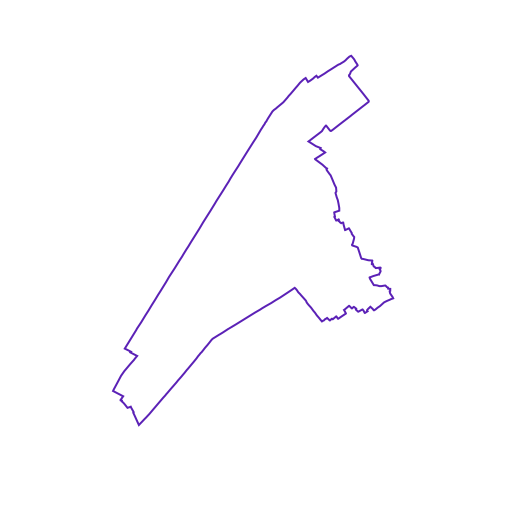 the district of Phutthamonthon, Nakhon Pathom, Thailand, rotated 234°
{"feature_id": "78962969B43033268258309", "entity_name": "Phutthamonthon", "entity_type": "district", "adm_level": 2, "iso_a3": "THA", "parent_name": "Thailand", "parent_adm1": "Nakhon Pathom", "projection": "natural_earth1", "projection_center": [100.276, 13.834], "detail": "fine", "context": "isolated", "style": "outline", "palette": "violet", "viewbox_px": 512, "rotation_deg": 234, "n_neighbors": 0, "source": "geoboundaries", "source_scale": "gbopen_adm2", "svg_char_len": 5692}
<svg xmlns="http://www.w3.org/2000/svg" viewBox="0 0 512 512"><g transform="rotate(234 256 256)"><path d="M336.3,287.2L335.0,283.9L334.6,283.0L333.8,281.0L332.2,277.5L330.6,273.4L328.3,267.8L325.4,260.4L323.7,256.1L322.6,253.6L319.3,245.6L314.3,233.0L311.4,226.3L308.5,219.1L305.5,211.6L303.5,206.9L302.1,203.2L299.9,197.9L299.0,195.9L297.3,191.4L293.9,183.1L290.2,173.4L287.8,168.0L283.7,158.0L282.1,153.9L279.9,148.7L277.5,142.7L275.0,136.8L273.1,131.9L269.8,124.0L267.2,117.0L266.5,115.6L258.2,95.4L254.8,97.2L252.0,98.6L251.8,97.7L245.0,101.1L244.1,97.5L243.7,96.4L242.5,90.8L241.1,85.2L240.3,81.9L238.4,76.4L235.7,70.9L234.1,67.6L231.6,62.4L230.8,61.0L226.0,63.4L220.6,66.1L219.1,61.7L218.8,61.6L217.7,62.5L217.5,62.4L217.3,62.1L217.2,62.0L215.4,62.4L213.4,62.6L208.7,62.8L207.9,65.2L207.7,66.1L206.3,65.8L201.7,65.3L201.5,65.2L201.5,64.7L201.4,64.6L197.3,63.8L188.1,61.9L189.7,70.6L189.9,72.0L190.5,75.0L190.8,76.6L192.1,81.9L193.7,88.5L195.9,97.6L196.2,99.1L196.5,100.6L197.0,102.3L197.2,103.4L198.6,109.1L200.5,117.4L201.2,119.9L202.3,124.9L202.7,126.4L203.4,129.3L204.5,133.2L204.7,134.3L206.0,139.4L206.8,142.7L208.1,147.6L209.0,150.3L209.5,152.4L210.0,154.1L210.1,155.1L210.1,155.3L211.0,158.5L211.6,160.5L212.1,162.6L212.4,164.0L214.2,170.5L214.3,170.8L214.5,172.2L214.5,172.8L214.0,179.8L213.9,180.5L213.6,184.2L213.3,190.6L212.5,199.1L210.8,222.1L210.2,227.8L210.1,230.2L209.7,234.6L209.5,236.4L209.0,240.6L208.7,245.9L208.2,250.9L207.8,259.8L207.6,264.8L207.5,268.6L206.0,268.9L204.7,269.0L203.7,269.0L202.5,268.9L201.7,268.9L199.3,269.3L197.7,269.4L193.9,269.8L190.7,270.1L189.7,270.0L189.2,269.8L188.4,269.7L187.2,269.7L185.5,269.8L181.8,270.2L180.7,270.2L177.8,270.2L175.4,270.4L172.3,270.3L168.8,270.6L166.3,270.7L164.3,270.9L164.3,271.9L164.0,272.8L164.0,273.1L164.3,274.9L164.3,275.1L164.1,275.4L164.1,275.6L164.1,277.1L160.5,277.8L160.4,277.9L160.4,278.0L160.7,280.4L160.6,280.6L159.8,280.8L159.7,281.0L160.0,285.4L159.8,285.5L157.1,285.4L157.0,285.5L156.9,285.6L156.8,289.7L156.6,294.9L156.7,295.0L160.4,295.5L160.6,295.5L160.6,296.6L161.0,302.0L160.9,302.1L157.3,302.7L157.2,302.8L157.4,305.2L157.3,305.3L154.6,306.1L154.4,306.1L154.1,305.4L153.9,305.3L150.9,305.9L150.8,306.0L150.2,310.7L150.1,310.8L149.6,310.8L148.8,310.9L146.1,310.5L145.9,310.6L145.7,313.8L146.1,313.8L146.8,313.9L146.9,314.0L147.3,315.6L147.7,318.7L144.7,319.3L142.9,319.4L142.7,319.5L142.5,321.1L142.7,324.1L142.6,326.7L142.7,327.8L143.2,332.3L143.0,333.7L142.6,335.9L142.4,336.7L141.9,338.8L141.9,339.1L141.9,339.3L141.1,342.1L142.6,342.4L146.5,342.5L147.1,342.6L148.9,343.4L149.0,343.5L148.9,344.1L150.5,345.3L151.9,343.7L152.7,344.1L152.9,344.2L153.7,343.7L153.9,343.6L154.2,343.6L155.8,343.4L156.0,343.3L156.2,343.2L157.9,339.8L158.2,339.4L159.1,338.1L160.9,336.8L161.8,335.9L163.1,334.3L163.2,334.2L170.3,334.8L171.8,335.2L171.9,335.3L171.9,335.5L171.5,336.6L170.8,339.2L169.1,344.0L168.9,344.5L168.7,344.7L169.1,345.2L169.4,345.9L170.3,347.7L170.4,347.8L170.6,347.9L170.7,348.0L172.9,348.3L173.0,348.4L173.1,348.6L172.7,349.3L173.1,349.8L173.3,349.9L173.5,349.8L173.7,349.6L175.4,346.4L175.8,345.8L175.9,345.7L176.3,345.8L176.6,345.8L178.2,345.2L178.4,345.1L180.3,345.7L180.7,345.8L180.7,345.7L181.2,345.0L181.3,344.9L181.6,345.1L183.9,347.4L184.0,347.4L186.5,344.4L190.8,340.8L191.4,340.0L191.9,339.9L192.2,339.9L192.6,339.9L196.8,341.3L203.0,343.3L204.3,342.7L207.9,340.1L208.2,340.1L208.4,340.1L208.6,340.2L208.7,340.3L208.8,340.7L209.2,341.5L209.9,342.4L212.4,345.5L213.6,346.6L214.3,346.6L214.8,346.5L215.4,346.5L217.7,346.5L218.0,346.7L218.4,347.0L218.5,347.0L221.1,347.2L222.9,347.4L223.7,347.4L223.8,347.4L224.1,345.6L224.4,344.3L224.4,343.8L224.5,343.5L224.6,343.3L229.9,345.3L231.8,346.2L232.0,346.0L232.5,344.3L232.5,344.2L234.1,343.7L234.3,343.7L235.0,343.9L235.3,343.8L235.6,343.5L235.7,343.4L235.9,343.5L236.7,344.4L236.9,344.4L237.0,344.4L237.5,341.8L237.6,341.7L241.0,342.3L241.5,342.3L241.7,342.5L241.6,343.1L243.2,343.8L245.3,344.9L245.3,345.1L243.7,350.0L245.9,351.6L249.8,353.5L253.1,355.0L256.3,355.9L257.6,356.4L260.1,357.3L260.4,357.5L260.5,357.7L260.9,358.8L261.0,358.9L261.2,359.1L264.3,361.0L264.5,361.0L267.7,361.5L273.1,362.8L277.0,363.7L277.6,363.8L278.3,363.7L283.1,363.7L284.4,363.8L285.0,364.9L285.5,364.6L286.0,364.4L290.9,363.4L299.5,360.7L299.8,360.8L299.1,372.7L299.1,372.8L300.5,372.4L304.6,370.8L304.8,370.8L305.3,371.8L309.7,369.0L313.8,367.4L317.8,365.8L318.0,373.5L318.2,382.0L318.3,382.5L318.3,382.9L318.5,383.3L319.4,385.5L320.0,387.3L320.3,388.5L320.4,389.1L320.4,389.3L320.2,389.4L314.3,389.6L313.7,389.7L313.4,389.8L313.1,390.1L313.0,390.4L313.0,392.5L313.3,400.7L313.7,414.9L313.8,416.2L314.5,437.0L314.5,437.6L314.7,437.9L314.9,438.2L315.1,438.3L315.5,438.4L324.1,438.1L346.8,437.0L347.6,437.5L347.6,438.1L348.2,439.3L348.9,440.4L349.3,440.9L349.5,441.3L349.6,442.4L350.1,446.5L350.4,450.1L350.5,450.3L351.2,450.5L355.3,450.7L356.3,450.9L358.0,451.0L362.0,450.7L362.4,448.8L362.1,445.7L361.7,443.4L361.6,441.4L361.9,437.9L361.9,437.0L362.4,435.1L362.4,434.6L362.5,434.0L362.6,431.5L362.7,430.5L362.8,428.4L363.0,425.4L363.2,422.9L363.3,418.6L363.5,416.2L363.9,410.9L366.3,410.8L366.3,408.8L366.0,406.3L366.0,405.3L366.0,404.2L366.0,403.0L366.1,401.9L366.2,400.4L370.8,400.8L370.9,398.3L370.5,394.8L370.3,393.4L369.1,388.8L368.9,387.8L366.8,379.2L366.3,376.6L365.7,374.6L364.3,368.5L363.8,360.8L363.6,358.8L363.6,356.3L363.3,354.3L360.4,346.9L359.2,344.1L358.9,343.7L358.7,343.1L358.6,342.4L358.5,342.0L357.8,340.7L357.6,340.3L357.2,339.1L356.8,337.9L356.4,337.1L355.4,334.4L351.6,325.7L349.7,320.7L345.6,310.4L344.4,307.4L340.5,297.8L339.1,294.5L338.3,292.4L337.0,289.0L336.3,287.2Z" fill="none" stroke="#5b21b6" stroke-width="2"/></g></svg>